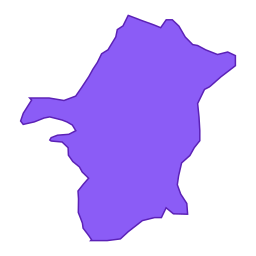 the district of Mousere, Paphos, Cyprus
{"feature_id": "46923920B16150437689727", "entity_name": "Mousere", "entity_type": "district", "adm_level": 2, "iso_a3": "CYP", "parent_name": "Cyprus", "parent_adm1": "Paphos", "projection": "robinson", "projection_center": [32.705, 34.764], "detail": "fine", "context": "isolated", "style": "filled", "palette": "violet", "viewbox_px": 256, "rotation_deg": 0, "n_neighbors": 0, "source": "geoboundaries", "source_scale": "gbopen_adm2", "svg_char_len": 1182}
<svg xmlns="http://www.w3.org/2000/svg" viewBox="0 0 256 256"><path d="M90.7,240.6L102.3,240.6L107.1,240.6L120.4,238.9L128.2,231.7L142.4,220.6L154.5,217.6L161.4,217.6L166.1,207.8L173.4,213.8L187.6,214.2L187.6,213.8L186.8,203.5L180.7,194.1L177.3,184.7L178.6,175.8L181.6,162.9L189.9,155.5L194.3,147.6L199.8,140.7L199.8,130.6L199.0,117.0L197.8,105.1L197.6,103.6L204.5,89.4L209.2,87.0L210.6,85.9L220.8,76.9L235.4,65.7L235.4,55.6L227.7,52.0L217.5,54.5L205.6,49.8L197.6,45.5L192.7,44.6L185.2,37.0L178.9,26.1L172.3,19.8L166.2,19.8L160.7,27.7L154.1,25.0L141.9,20.6L128.3,15.4L128.2,15.4L123.0,25.9L117.3,29.6L115.8,36.9L108.0,49.8L101.6,53.8L97.4,62.4L92.8,69.4L88.9,76.5L81.7,87.4L75.7,96.1L64.0,100.5L49.0,98.0L29.7,98.0L31.6,100.1L23.5,112.9L23.3,113.2L20.6,121.0L23.2,124.4L34.3,121.9L44.1,118.0L49.7,116.9L57.3,118.8L62.3,120.1L67.1,122.0L72.3,125.0L75.8,130.7L68.8,134.3L57.5,135.2L51.2,137.6L49.8,140.0L51.1,141.0L55.3,141.4L62.1,142.0L68.1,147.7L68.4,155.2L72.8,161.5L79.4,166.9L82.2,172.0L88.6,178.2L83.4,184.2L78.0,191.0L78.5,198.9L78.3,212.5L80.2,217.3L82.4,223.1L83.1,228.2L86.8,233.0L89.1,236.1L91.5,239.7L90.7,240.6Z" fill="#8b5cf6" stroke="#5b21b6" stroke-width="1.5"/></svg>